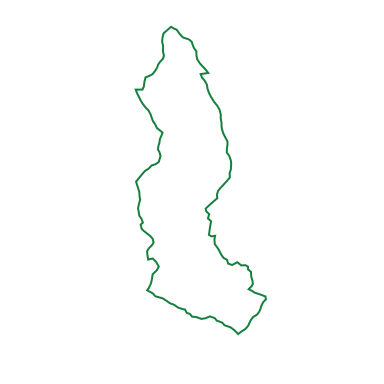 Murutinga do Sul, São Paulo, Brazil (Albers equal-area conic projection), rotated 139°
{"feature_id": "56859067B32041072242718", "entity_name": "Murutinga do Sul", "entity_type": "district", "adm_level": 2, "iso_a3": "BRA", "parent_name": "Brazil", "parent_adm1": "São Paulo", "projection": "albers", "projection_center": [-51.304, -20.996], "detail": "fine", "context": "isolated", "style": "outline", "palette": "green", "viewbox_px": 384, "rotation_deg": 139, "n_neighbors": 0, "source": "geoboundaries", "source_scale": "gbopen_adm2", "svg_char_len": 2530}
<svg xmlns="http://www.w3.org/2000/svg" viewBox="0 0 384 384"><g transform="rotate(139 192 192)"><path d="M101.7,271.2L101.4,275.0L101.5,278.8L101.7,283.5L101.0,288.8L98.9,292.4L96.4,295.2L96.1,299.2L95.0,302.6L93.7,305.4L94.2,309.1L97.5,314.7L97.6,319.5L97.1,324.6L98.6,327.7L99.4,330.4L103.0,330.4L106.1,330.4L109.4,330.4L113.2,327.7L115.8,325.2L118.2,320.9L121.6,317.3L123.7,313.4L126.3,311.7L130.7,311.2L133.9,310.4L136.8,308.7L140.0,307.7L144.4,306.8L148.3,307.7L151.8,309.0L155.6,306.4L159.1,303.2L162.2,301.8L164.7,303.9L167.3,306.2L168.7,302.5L169.6,298.7L170.6,295.1L171.3,291.0L171.6,286.2L171.3,282.2L172.3,277.8L173.7,274.5L175.0,271.0L175.4,267.1L176.5,263.4L175.8,259.5L175.3,256.1L177.7,254.8L181.5,253.0L184.6,250.3L187.3,248.7L189.8,246.4L190.4,243.5L192.0,240.0L194.2,238.5L197.6,236.4L201.7,237.0L205.0,238.5L209.3,238.1L213.9,238.7L218.3,238.1L223.5,237.2L227.4,236.5L228.7,233.7L230.0,230.6L231.8,226.5L234.2,223.5L236.1,220.3L239.6,218.0L243.3,215.2L245.3,211.9L247.3,208.6L247.7,204.9L249.2,201.1L252.1,201.1L254.2,197.1L253.9,194.1L253.3,191.0L252.4,186.3L252.4,182.5L254.1,179.1L256.8,178.2L262.1,177.7L264.7,176.8L266.9,173.8L269.4,169.8L265.3,167.6L264.9,163.0L266.0,157.5L270.0,156.0L275.7,155.7L279.9,152.1L282.7,150.1L287.4,147.9L290.3,147.3L288.1,141.2L288.1,137.4L285.6,133.6L283.9,131.0L282.5,126.3L281.7,122.6L279.5,118.7L278.3,113.8L276.2,110.3L274.4,107.9L275.3,104.1L273.6,101.5L273.7,97.9L270.8,94.8L268.1,90.0L264.5,87.8L260.1,86.4L257.6,81.9L257.7,78.7L256.3,76.2L254.9,73.5L254.9,70.1L253.3,67.4L251.7,64.6L250.6,59.5L250.4,54.5L247.1,54.4L241.5,53.6L237.3,54.2L232.4,56.5L228.0,57.6L223.4,56.8L219.9,57.5L217.2,58.7L214.9,60.3L210.8,62.1L206.7,62.5L205.1,64.9L207.6,69.7L210.8,75.1L211.6,78.1L213.0,81.5L208.8,81.8L206.3,82.8L204.4,85.6L203.1,88.8L199.8,93.2L200.5,96.7L198.7,98.9L199.6,101.6L203.0,104.3L203.8,109.2L209.6,110.6L211.7,114.3L210.0,117.9L211.4,121.4L211.1,125.0L209.5,132.0L209.0,137.7L206.2,141.5L203.3,143.8L206.5,145.8L207.3,148.6L204.8,150.7L202.5,152.8L196.8,157.4L197.3,161.6L193.6,164.0L193.9,168.0L192.6,170.5L184.4,170.8L177.0,170.7L175.0,173.6L171.4,175.8L168.4,176.3L158.6,177.4L153.9,178.1L151.5,181.3L147.8,183.6L143.7,187.8L141.9,190.5L140.2,194.8L139.8,198.9L137.5,201.6L134.0,204.6L132.0,207.0L131.1,211.2L129.8,216.1L127.7,220.7L124.2,225.1L121.9,228.9L119.3,231.8L117.2,236.1L116.3,240.6L116.2,245.4L115.2,251.5L114.2,255.6L112.4,260.0L110.4,263.1L109.4,267.8L109.4,271.8L108.1,275.3L101.7,271.2Z" fill="none" stroke="#15803d" stroke-width="2"/></g></svg>